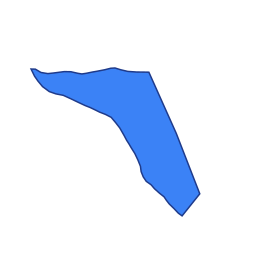 Baraúna, Paraíba, Brazil, rotated 326°
{"feature_id": "56859067B2396589679241", "entity_name": "Baraúna", "entity_type": "district", "adm_level": 2, "iso_a3": "BRA", "parent_name": "Brazil", "parent_adm1": "Paraíba", "projection": "albers", "projection_center": [-36.272, -6.62], "detail": "fine", "context": "isolated", "style": "filled", "palette": "blue", "viewbox_px": 256, "rotation_deg": 326, "n_neighbors": 0, "source": "geoboundaries", "source_scale": "gbopen_adm2", "svg_char_len": 844}
<svg xmlns="http://www.w3.org/2000/svg" viewBox="0 0 256 256"><g transform="rotate(326 128 128)"><path d="M176.5,93.4L172.8,90.8L166.3,86.3L159.4,80.9L154.5,75.6L150.8,71.0L147.1,68.8L141.3,66.7L134.0,63.6L129.8,61.7L124.2,59.4L120.0,57.4L117.0,54.6L112.1,49.4L106.7,45.6L101.7,43.1L97.1,40.8L92.0,38.1L86.9,33.3L84.1,27.4L80.6,24.9L79.5,32.8L79.6,39.0L80.3,45.9L83.1,53.8L87.3,59.4L92.6,64.7L96.4,70.9L100.4,77.7L102.9,81.9L105.0,85.4L108.1,89.9L111.1,95.0L113.3,98.9L116.9,104.1L120.0,109.7L120.7,116.1L121.2,123.3L120.6,131.7L120.0,137.4L119.9,141.7L119.6,146.3L119.4,152.9L118.3,160.2L116.9,166.7L114.5,171.5L113.3,177.0L113.3,182.5L115.4,188.0L116.0,193.2L117.6,199.5L119.4,205.2L119.4,209.5L119.7,214.0L121.0,220.2L122.1,226.8L123.7,231.1L150.7,222.7L165.0,159.5L176.5,93.4Z" fill="#3b82f6" stroke="#1e3a8a" stroke-width="1.5"/></g></svg>